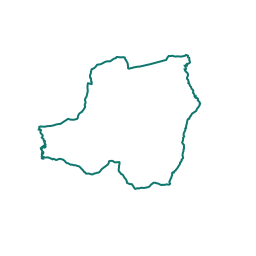 outline of Iguatemi, Mato Grosso do Sul, Brazil, rotated 238°
{"feature_id": "56859067B32573780362685", "entity_name": "Iguatemi", "entity_type": "district", "adm_level": 2, "iso_a3": "BRA", "parent_name": "Brazil", "parent_adm1": "Mato Grosso do Sul", "projection": "mercator", "projection_center": [-54.542, -23.417], "detail": "fine", "context": "isolated", "style": "outline", "palette": "teal", "viewbox_px": 256, "rotation_deg": 238, "n_neighbors": 0, "source": "geoboundaries", "source_scale": "gbopen_adm2", "svg_char_len": 5845}
<svg xmlns="http://www.w3.org/2000/svg" viewBox="0 0 256 256"><g transform="rotate(238 128 128)"><path d="M73.1,158.3L73.6,159.0L74.8,159.4L75.8,159.6L76.3,160.0L77.7,161.2L79.1,162.9L80.3,163.7L80.7,164.5L81.3,164.6L81.8,165.2L82.9,165.7L83.8,166.4L84.7,166.4L85.7,166.1L87.1,166.3L87.5,167.0L88.0,167.5L88.4,168.1L90.0,169.3L90.6,169.6L90.8,170.6L91.2,171.3L92.1,171.3L93.1,171.7L94.0,172.6L95.1,174.1L95.4,174.9L96.0,175.6L96.5,175.9L97.2,176.2L97.2,177.2L97.8,177.3L98.2,177.9L99.2,178.6L99.7,179.2L100.6,180.2L101.4,181.0L102.7,182.1L103.3,182.8L103.8,184.0L103.4,184.9L104.0,185.3L104.4,186.2L105.0,187.0L105.1,188.1L105.6,188.7L106.2,189.8L106.3,190.7L106.2,191.5L106.3,192.6L106.3,194.6L106.9,195.6L107.4,196.3L107.8,196.9L108.0,197.9L108.4,198.7L108.7,199.5L109.2,200.5L109.6,201.1L110.3,201.4L110.4,202.1L111.2,202.2L112.1,202.4L113.0,202.2L114.0,202.0L114.7,201.9L115.2,202.6L116.0,202.8L116.7,202.5L117.1,202.0L117.6,201.6L118.9,202.2L118.8,201.2L119.7,201.2L120.8,201.9L122.2,202.0L123.4,201.8L124.2,202.4L124.9,203.1L125.7,203.2L126.5,203.1L127.6,202.7L129.6,203.2L130.9,202.9L131.8,203.1L132.7,203.4L134.2,202.9L134.6,203.9L135.9,204.1L137.0,204.5L138.6,204.1L139.6,205.0L140.1,205.6L140.5,206.3L140.9,206.8L141.5,207.2L142.4,207.5L143.4,207.5L144.1,207.1L144.8,207.1L146.5,206.8L147.7,207.1L147.2,208.2L147.7,208.7L148.7,208.9L149.7,209.2L150.7,209.2L150.3,210.1L149.6,210.9L150.2,211.5L150.9,211.1L151.2,212.0L150.8,212.6L150.6,213.3L150.5,214.2L150.7,215.2L151.3,215.6L152.0,215.8L152.9,215.8L154.1,216.7L155.2,217.1L156.0,216.4L156.9,216.5L157.5,217.1L158.5,216.6L159.2,215.9L159.1,214.5L159.9,212.1L160.2,211.4L160.6,210.7L161.1,209.9L162.1,208.6L162.7,207.7L163.1,206.8L163.5,206.0L164.3,205.2L165.0,204.5L165.7,204.0L166.0,203.3L166.3,202.4L167.5,200.7L167.1,199.6L166.9,198.7L166.3,198.0L165.9,197.1L165.5,196.4L170.4,180.5L174.0,170.1L174.5,169.4L175.0,168.5L176.0,165.7L176.4,165.0L176.7,163.7L176.9,162.8L177.3,162.1L177.5,161.0L177.8,160.3L178.8,159.8L179.8,160.5L180.6,160.8L181.7,161.4L182.9,161.9L184.0,162.1L187.2,162.2L188.0,162.1L189.5,162.6L190.5,161.6L191.0,160.7L191.8,159.2L193.3,157.3L193.9,156.6L194.2,155.8L193.7,154.9L193.9,154.1L194.2,152.9L194.2,151.7L194.1,150.3L194.0,148.3L194.6,147.2L195.4,145.9L195.9,144.9L196.2,143.2L196.3,142.2L196.3,141.4L196.6,138.7L196.9,137.8L197.9,135.7L197.9,134.9L197.3,133.7L197.0,132.8L196.9,132.1L196.7,131.1L196.8,130.4L196.8,129.7L196.9,129.0L197.1,128.3L196.0,127.1L194.2,125.5L192.8,123.8L192.2,123.2L191.5,123.0L190.6,122.5L189.8,122.9L188.5,122.3L187.0,121.4L186.2,121.6L185.5,121.2L184.6,120.4L185.1,119.7L186.0,119.1L186.6,118.4L187.1,117.8L186.6,117.2L185.5,116.2L184.6,115.6L183.0,114.6L182.0,114.2L181.0,113.7L180.3,113.1L179.6,112.5L179.0,112.0L178.5,111.3L177.1,110.0L176.5,109.3L175.8,107.9L175.3,107.0L174.8,106.4L174.1,106.2L173.2,106.0L172.1,105.6L171.4,104.6L170.9,103.9L170.3,103.4L168.8,103.0L168.1,102.1L167.8,101.2L167.1,100.0L166.6,98.7L166.1,97.4L166.2,96.3L166.1,95.2L166.0,94.3L165.6,93.4L164.9,92.3L163.9,91.4L163.1,90.6L162.7,89.9L163.1,88.4L163.6,86.7L164.1,85.8L165.2,84.3L165.7,83.5L166.6,82.8L167.5,82.1L167.3,72.7L167.9,71.8L168.6,70.1L169.1,68.7L169.6,66.5L170.1,65.1L170.4,64.2L171.5,62.0L172.1,61.0L172.5,60.0L172.9,58.9L173.3,58.0L173.7,57.4L174.1,56.7L174.6,56.1L175.2,55.3L175.8,54.2L175.9,53.2L174.8,52.9L174.4,52.1L174.0,51.5L173.4,52.0L172.9,52.8L172.3,53.1L171.1,51.6L170.4,51.4L169.7,51.2L169.0,51.4L167.9,51.7L166.8,51.7L166.0,50.9L165.6,49.8L164.5,50.0L163.7,50.5L163.1,50.5L162.3,50.0L161.3,49.7L160.9,50.5L160.2,50.2L159.6,49.3L158.5,49.4L157.5,49.2L157.7,48.2L157.6,47.3L157.5,46.0L157.0,46.9L156.4,48.0L155.7,48.1L155.5,47.0L156.4,46.1L156.5,44.9L156.7,43.2L156.0,43.0L155.3,43.1L154.5,43.4L153.9,42.9L153.1,43.1L152.4,43.4L151.9,43.1L151.2,42.5L151.5,41.8L152.0,41.5L151.2,40.9L150.1,40.4L149.4,39.6L148.6,39.4L148.1,38.9L147.5,39.1L147.0,39.8L147.9,40.1L148.2,41.1L147.4,41.4L146.9,42.0L146.5,42.7L146.0,43.6L145.5,44.6L143.8,45.9L142.2,46.9L141.4,47.4L141.5,48.3L139.8,49.6L138.9,50.1L138.6,51.1L138.5,52.3L138.1,53.6L137.6,54.4L136.9,54.8L136.0,55.9L135.1,56.3L134.2,56.7L133.4,56.9L131.8,57.1L130.7,57.6L129.8,58.5L128.0,59.5L127.2,60.1L126.6,61.1L125.9,61.8L125.1,62.4L123.9,64.1L122.9,64.7L122.3,65.3L121.7,65.9L121.0,66.3L120.4,66.5L119.6,66.7L118.3,66.9L117.4,67.1L115.5,67.5L114.7,67.5L114.0,67.5L113.4,68.0L112.5,68.1L111.7,68.2L111.2,68.8L110.8,69.5L110.5,70.1L110.1,70.7L109.5,71.2L108.2,72.3L107.7,73.0L107.3,73.7L107.4,74.6L107.0,76.0L106.7,76.8L106.5,77.7L106.2,78.6L105.8,79.4L105.8,80.2L106.0,81.1L106.1,81.8L106.7,83.0L107.1,84.2L107.6,90.8L107.8,91.9L108.5,93.0L109.0,93.5L109.8,94.4L109.2,96.1L108.6,97.1L107.7,97.8L106.8,98.1L106.0,98.5L105.4,99.3L105.1,100.0L104.7,100.8L104.2,101.6L103.6,102.6L102.8,102.3L102.0,101.7L101.5,101.3L101.1,100.7L100.6,100.3L100.0,100.0L98.7,98.9L98.0,98.2L97.0,97.8L96.2,97.3L94.3,97.7L92.8,97.7L91.9,98.2L91.3,98.7L90.4,98.8L89.4,98.7L88.4,98.7L87.8,98.6L87.1,98.7L85.9,99.0L84.3,98.9L83.4,98.8L82.9,98.4L82.2,98.1L81.5,98.4L80.8,98.9L80.2,99.3L79.4,99.9L78.8,100.8L78.3,101.5L76.0,101.6L74.5,101.6L73.5,101.6L72.5,101.9L72.2,102.9L71.9,104.2L71.3,104.7L70.9,105.4L70.6,106.6L70.3,107.6L70.0,108.1L69.3,108.9L68.7,109.8L68.0,111.3L67.7,112.3L67.2,113.6L67.0,114.8L67.2,115.9L67.8,117.6L67.8,118.5L68.0,119.6L68.0,120.7L67.6,121.5L67.1,122.1L66.4,122.5L65.7,123.4L64.9,124.1L64.0,124.7L62.5,125.6L61.8,126.2L61.6,127.2L61.0,127.8L60.6,128.6L60.1,129.7L59.8,130.8L58.5,132.3L58.1,133.3L58.4,134.2L60.1,134.4L60.8,134.9L61.2,135.9L61.8,136.6L62.4,137.3L62.7,138.2L63.4,138.8L64.1,139.6L64.6,140.5L66.5,141.6L66.6,142.5L65.9,143.2L66.4,143.9L66.8,144.6L66.7,145.7L67.1,146.4L67.3,147.1L67.8,148.5L68.8,150.5L69.6,152.4L70.0,153.0L71.1,153.9L71.1,154.7L71.6,155.5L71.8,156.2L72.5,156.4L72.9,157.0L73.1,158.3Z" fill="none" stroke="#0f766e" stroke-width="2"/></g></svg>